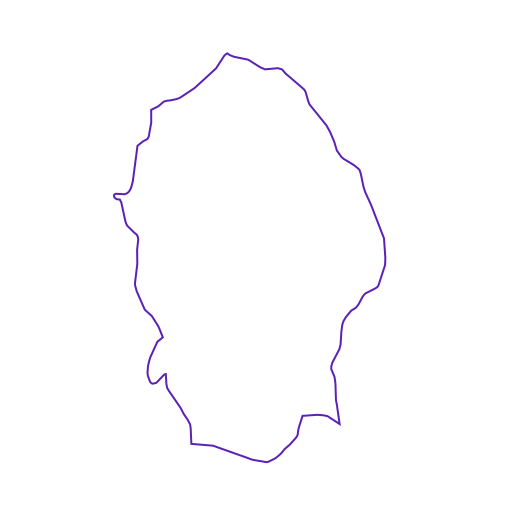 the border of Kâmpóng Chhnang, rotated 169°
{"feature_id": "KHM-1785", "entity_name": "Kâmpóng Chhnang", "entity_type": "Province", "adm_level": 1, "iso_a3": "KHM", "parent_name": "Cambodia", "parent_adm1": "", "projection": "equal_earth", "projection_center": [104.594, 12.169], "detail": "fine", "context": "isolated", "style": "outline", "palette": "violet", "viewbox_px": 512, "rotation_deg": 169, "n_neighbors": 0, "source": "natural_earth", "source_scale": "10m", "svg_char_len": 1968}
<svg xmlns="http://www.w3.org/2000/svg" viewBox="0 0 512 512"><g transform="rotate(169 256 256)"><path d="M133.4,284.7L127.0,248.9L129.4,229.4L131.0,222.5L141.0,204.5L142.0,203.0L142.9,202.4L145.1,201.4L155.7,198.4L157.3,197.3L159.1,195.7L164.7,188.8L167.6,186.3L170.1,185.2L171.4,184.9L173.2,184.0L179.6,178.7L182.2,175.8L183.9,173.1L184.6,171.5L186.6,165.5L189.9,152.9L191.9,148.7L201.6,136.5L203.1,133.3L203.7,130.7L202.0,122.3L202.3,116.1L205.0,99.3L205.0,94.3L206.0,75.1L216.3,85.1L220.3,86.8L226.1,88.4L240.8,90.2L246.4,80.0L248.0,76.4L249.0,73.1L249.7,71.8L251.5,69.9L258.8,64.4L264.4,61.2L269.3,57.2L275.3,53.8L282.9,51.7L284.9,51.6L298.0,56.5L334.4,78.0L355.3,83.9L353.0,99.3L352.8,103.3L354.5,108.8L357.0,114.5L359.1,121.5L367.4,140.6L368.4,143.7L368.4,147.1L367.1,157.3L368.0,157.3L368.9,157.0L377.9,150.6L381.5,150.3L382.6,150.8L383.6,151.9L384.1,153.2L384.9,158.3L385.0,160.1L384.7,162.3L383.0,168.5L381.4,172.3L379.2,176.6L369.2,190.6L363.0,193.9L364.7,202.9L365.4,205.9L369.7,216.9L375.4,224.5L379.8,243.9L380.3,250.4L379.9,252.7L374.0,271.0L371.5,284.9L368.4,294.8L368.4,297.4L368.8,299.4L371.4,302.6L376.6,310.3L377.2,312.2L377.6,315.0L378.0,334.0L378.6,336.3L378.9,337.4L382.1,338.4L383.8,340.5L384.0,342.1L383.3,343.4L381.7,343.8L373.1,341.7L371.6,341.9L370.0,342.5L368.4,343.5L366.7,345.2L365.3,347.4L362.6,353.0L351.3,386.8L345.5,389.9L340.2,391.6L338.5,393.7L333.4,406.9L331.0,419.5L323.3,421.6L317.3,425.0L315.8,425.3L313.2,425.4L310.6,425.1L304.2,425.2L300.8,425.7L284.4,432.5L259.4,447.8L249.1,458.5L246.9,459.9L245.6,460.4L244.0,458.8L243.0,457.9L239.2,455.6L226.9,450.5L225.7,449.7L215.8,440.4L211.5,437.5L198.8,436.2L194.9,434.3L192.1,429.4L177.5,411.0L176.4,408.9L176.0,407.3L175.2,398.1L174.6,394.7L161.9,370.7L159.5,363.2L157.4,353.2L156.5,344.1L153.4,337.2L152.9,336.4L151.2,334.4L142.3,326.3L139.7,323.2L138.0,320.8L137.7,319.1L137.4,315.5L137.3,303.7L136.6,297.8L133.4,284.7Z" fill="none" stroke="#5b21b6" stroke-width="2"/></g></svg>